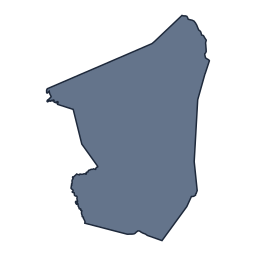 the district of El Paraiso, Copán, Honduras
{"feature_id": "27666195B24019943465841", "entity_name": "El Paraiso", "entity_type": "district", "adm_level": 2, "iso_a3": "HND", "parent_name": "Honduras", "parent_adm1": "Copán", "projection": "robinson", "projection_center": [-89.052, 15.058], "detail": "fine", "context": "isolated", "style": "filled", "palette": "slate", "viewbox_px": 256, "rotation_deg": 0, "n_neighbors": 0, "source": "geoboundaries", "source_scale": "gbopen_adm2", "svg_char_len": 4870}
<svg xmlns="http://www.w3.org/2000/svg" viewBox="0 0 256 256"><path d="M84.8,223.2L127.2,234.2L128.7,234.2L129.5,234.1L130.3,234.1L131.1,234.1L132.0,234.1L133.2,234.0L134.2,233.8L135.1,233.3L136.2,232.2L137.0,231.6L137.7,231.0L138.5,230.9L139.6,231.1L140.3,231.5L141.0,232.1L142.0,232.6L142.9,233.1L144.5,233.7L145.4,234.0L147.3,235.4L162.0,240.6L186.8,206.6L191.4,196.5L192.3,196.5L193.3,196.4L193.6,196.3L193.9,196.2L194.7,195.7L195.3,195.3L195.5,195.2L195.7,193.9L195.9,193.7L196.1,193.6L196.2,193.4L196.7,191.9L197.2,190.6L194.2,161.6L197.7,99.8L205.0,73.8L205.2,73.5L209.4,60.8L208.7,59.8L207.6,59.2L206.7,58.7L205.5,57.8L204.8,54.9L204.8,53.7L205.7,52.7L206.2,51.5L206.1,49.0L205.9,46.7L205.8,45.0L205.6,43.4L205.7,42.2L206.2,40.6L206.2,40.0L205.0,38.3L203.5,35.7L202.8,35.3L201.6,35.0L201.2,33.3L200.7,31.8L199.7,30.6L198.7,30.0L197.7,27.6L196.8,25.3L195.5,23.0L194.0,21.1L191.9,20.1L190.7,19.9L189.7,19.6L188.7,19.4L188.2,19.2L187.5,17.4L186.8,16.3L185.4,15.9L183.7,15.9L183.3,15.8L182.6,15.7L182.0,15.4L154.5,41.5L152.0,43.6L127.5,54.2L47.3,88.7L47.1,89.1L46.9,89.5L46.7,89.9L46.6,90.2L46.6,90.5L46.6,91.3L46.6,92.0L46.6,92.5L46.8,92.8L46.9,93.0L47.1,93.1L47.4,93.0L47.6,92.9L47.9,92.7L48.0,92.5L48.2,92.1L48.4,91.9L48.7,91.6L49.0,91.3L49.2,91.2L49.2,91.3L49.7,93.7L49.8,93.9L50.2,94.6L50.6,95.4L50.9,96.1L51.0,96.7L51.1,96.8L51.0,97.0L50.8,97.2L50.1,97.9L49.1,98.8L49.0,99.0L48.9,99.1L48.9,99.5L48.8,99.8L48.7,99.9L48.6,100.0L48.4,100.0L48.1,99.8L47.9,99.8L47.7,99.9L47.5,100.1L47.3,100.5L47.1,100.9L47.1,101.2L47.1,101.5L47.4,101.7L47.5,101.8L48.3,101.5L48.8,101.3L49.0,101.2L49.4,100.9L49.7,100.8L49.9,100.8L50.0,100.8L50.2,101.1L50.3,101.2L50.5,101.2L50.8,101.2L51.0,101.0L51.1,100.7L51.3,100.5L51.5,100.4L51.9,100.5L52.2,100.7L52.3,100.8L52.4,100.7L52.6,100.7L52.8,100.2L53.0,100.1L53.4,100.0L53.6,100.0L53.8,100.1L54.0,100.3L54.0,100.5L54.0,100.8L53.9,101.1L53.8,101.3L53.9,101.6L54.0,101.9L54.2,102.0L54.4,102.2L54.6,102.3L54.9,102.4L55.2,102.4L55.4,102.3L55.5,102.2L55.8,102.2L55.9,102.3L56.0,102.4L56.0,102.5L56.0,102.8L56.4,103.0L56.6,102.9L56.8,102.8L56.9,102.7L57.0,102.5L56.9,102.2L56.9,101.9L57.0,101.7L57.5,101.6L57.8,101.7L57.9,101.9L58.0,102.1L58.0,102.6L57.9,103.0L57.8,103.4L57.7,103.9L57.6,104.4L73.2,109.4L81.8,144.1L97.7,166.3L97.6,167.0L97.1,167.1L96.7,167.3L96.4,167.6L96.0,168.1L95.8,168.4L95.7,168.6L95.7,168.8L95.7,169.2L95.6,169.4L95.4,169.4L94.9,169.3L94.5,169.2L94.0,168.9L93.8,168.9L93.6,168.9L93.4,168.9L92.9,169.2L92.5,169.3L91.9,169.4L91.3,169.3L91.0,169.4L90.7,169.5L90.0,169.9L89.5,170.1L89.2,170.2L88.7,170.3L88.5,170.5L88.4,170.6L88.1,171.3L88.0,171.8L87.9,171.9L87.8,172.0L87.4,172.0L87.0,172.1L86.4,172.4L86.2,172.6L86.1,172.9L86.4,173.2L86.4,173.3L86.4,173.7L86.3,174.0L86.2,174.1L85.8,174.2L85.7,174.1L85.5,173.9L85.4,173.8L85.2,173.8L84.9,173.8L84.3,173.8L84.0,173.8L83.6,173.9L82.9,174.2L82.1,174.3L81.2,174.3L80.9,174.2L80.4,174.1L80.0,174.0L79.9,174.1L79.7,174.3L79.7,174.6L79.5,174.8L79.4,174.8L79.0,174.8L78.0,174.5L77.5,174.4L76.9,174.1L76.7,174.0L75.9,174.8L73.9,176.6L73.5,177.1L73.4,177.2L73.3,177.3L73.2,177.2L73.1,176.9L72.9,176.8L72.7,176.9L72.7,177.0L72.6,177.3L72.6,177.6L72.6,177.8L72.7,178.0L73.0,178.1L73.1,178.3L73.1,178.5L73.0,178.9L72.6,179.3L72.4,179.6L72.2,180.0L72.0,180.6L72.0,180.9L72.0,181.2L72.0,181.4L72.1,182.0L72.1,182.3L72.1,182.6L72.0,183.3L71.9,183.5L71.6,183.8L71.6,184.0L71.5,184.3L71.8,184.8L71.8,185.0L71.7,185.3L71.4,185.5L71.1,187.4L71.0,188.0L71.1,188.4L71.8,189.1L72.3,189.5L72.8,189.9L73.0,190.1L73.1,190.3L73.1,190.6L73.0,190.8L73.0,191.1L72.9,191.4L72.8,191.6L72.7,191.7L72.3,191.7L72.2,191.8L72.2,192.0L72.3,192.1L73.2,192.6L73.7,192.7L74.1,192.7L74.2,192.8L74.3,193.0L74.3,193.7L74.4,195.0L74.5,195.3L75.1,195.8L75.5,196.0L75.8,196.1L76.3,196.0L76.5,196.1L76.8,196.3L76.9,196.5L77.0,197.0L77.1,197.5L77.1,197.9L76.9,198.5L76.9,198.8L77.0,199.2L77.3,199.9L77.4,200.5L77.5,201.2L77.5,201.7L77.4,201.8L77.2,202.0L77.0,201.9L76.9,201.8L76.8,201.5L76.6,201.3L76.5,201.2L76.4,201.2L76.1,201.2L75.8,201.5L75.6,201.7L75.5,201.9L75.5,202.0L75.6,202.7L75.8,203.2L76.1,203.7L76.4,204.1L76.6,204.3L76.9,204.3L77.0,204.3L77.1,204.2L77.2,203.9L77.1,203.6L77.2,203.4L77.3,203.2L77.5,203.2L77.7,203.3L77.8,203.4L77.8,203.7L78.0,204.4L78.1,205.3L78.2,206.0L78.3,206.5L78.6,206.9L78.9,207.4L79.0,207.7L79.1,208.4L79.2,208.7L79.4,208.9L79.6,209.0L79.8,209.0L80.1,208.9L80.3,208.8L80.5,208.8L80.7,209.0L80.8,209.2L80.9,209.4L80.9,209.6L80.8,209.9L80.8,210.1L80.8,210.3L81.0,210.5L81.3,210.7L81.6,210.7L81.8,210.8L81.8,211.0L81.6,211.7L81.5,212.1L81.5,212.7L81.5,213.4L81.6,213.8L81.7,214.1L82.0,215.0L82.1,215.4L82.2,215.7L82.2,216.2L82.2,216.5L82.3,216.7L82.5,216.8L82.9,216.9L83.1,217.0L83.3,217.1L83.4,217.3L83.4,217.5L83.3,218.0L83.5,218.6L83.8,219.0L84.1,219.4L84.8,221.1L84.9,221.4L85.0,221.7L85.0,222.1L84.9,222.4L84.8,223.2Z" fill="#64748b" stroke="#1e293b" stroke-width="1.5"/></svg>